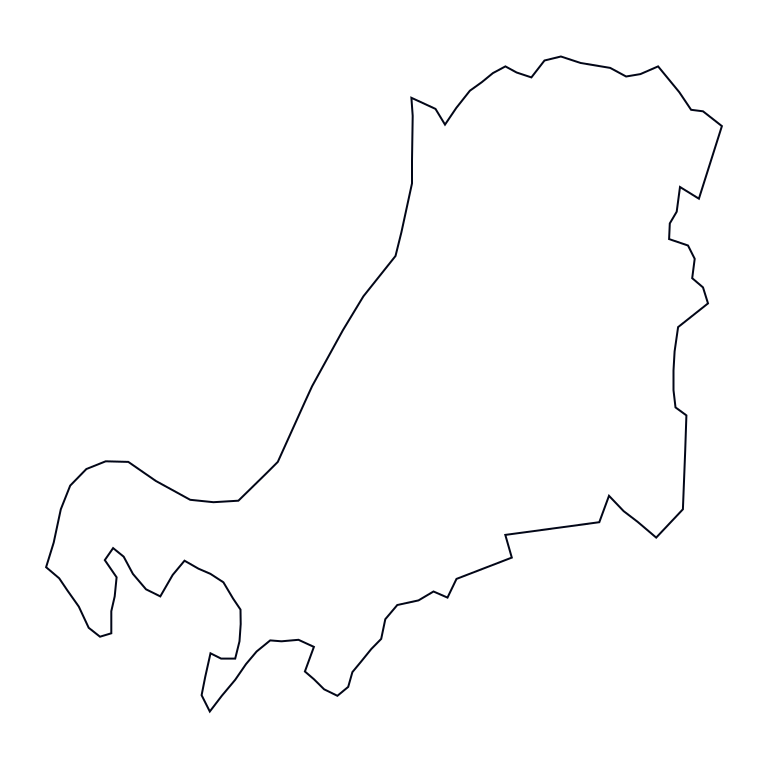 Porto Vera Cruz, Rio Grande do Sul, Brazil (Equal Earth projection)
{"feature_id": "56859067B57284725629844", "entity_name": "Porto Vera Cruz", "entity_type": "district", "adm_level": 2, "iso_a3": "BRA", "parent_name": "Brazil", "parent_adm1": "Rio Grande do Sul", "projection": "equal_earth", "projection_center": [-54.911, -27.755], "detail": "fine", "context": "isolated", "style": "outline", "palette": "ink", "viewbox_px": 768, "rotation_deg": 0, "n_neighbors": 0, "source": "geoboundaries", "source_scale": "gbopen_adm2", "svg_char_len": 1566}
<svg xmlns="http://www.w3.org/2000/svg" viewBox="0 0 768 768"><path d="M411.4,97.8L412.7,115.9L412.0,160.3L412.0,183.4L401.4,232.3L395.5,256.0L363.4,296.3L342.9,330.2L312.1,386.2L304.9,401.9L277.8,461.9L266.7,473.0L238.4,500.7L213.5,502.2L190.2,499.8L155.9,481.0L128.3,461.9L105.7,461.3L86.4,469.0L70.2,485.6L60.8,509.3L53.7,542.6L46.1,567.2L59.2,578.3L67.5,590.6L78.8,606.6L88.7,627.8L100.0,636.7L111.3,633.3L111.3,611.2L114.7,596.4L116.6,577.3L104.8,560.1L113.1,548.1L123.7,556.7L132.9,573.9L146.0,589.3L160.3,596.4L172.7,574.9L184.5,560.7L198.5,568.7L210.5,573.9L223.4,582.3L233.1,598.6L240.5,609.6L240.7,624.1L239.5,641.3L235.2,658.6L221.1,658.6L210.5,653.3L205.2,677.0L201.6,695.2L209.8,711.5L221.8,695.8L235.2,679.8L246.0,664.1L256.6,651.5L270.2,640.4L281.5,641.3L298.5,639.8L313.9,646.9L304.9,671.5L313.9,679.2L324.1,689.3L337.4,695.8L348.2,686.9L352.4,672.1L361.1,661.6L371.3,649.0L381.2,638.9L385.3,619.2L397.3,605.0L418.5,600.4L433.5,591.5L447.5,597.6L456.5,578.9L511.8,557.6L505.3,534.9L599.3,522.2L609.0,495.8L623.7,511.2L637.7,521.9L656.2,537.6L682.9,509.3L685.2,450.8L686.4,415.4L675.5,407.4L673.5,390.2L673.5,370.5L674.6,351.4L678.1,327.1L708.0,303.4L703.0,287.4L692.2,278.2L694.7,258.8L688.0,245.5L669.1,239.1L669.8,223.4L676.7,211.7L680.0,187.0L698.9,198.7L721.9,126.1L703.0,111.3L691.1,109.8L679.3,92.2L658.1,66.4L640.4,74.1L626.1,76.5L610.2,67.9L580.7,63.0L560.9,56.5L544.5,60.5L531.4,77.4L516.6,72.5L505.4,66.4L492.9,73.1L481.9,82.1L469.9,90.7L456.3,107.9L445.0,124.6L435.5,108.9L411.4,97.8Z" fill="none" stroke="#020617" stroke-width="2"/></svg>